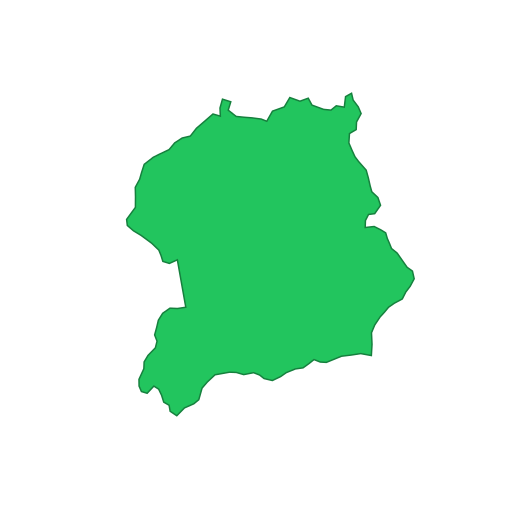 the district of Charqueada, São Paulo, Brazil, rotated 235°
{"feature_id": "56859067B6350231232684", "entity_name": "Charqueada", "entity_type": "district", "adm_level": 2, "iso_a3": "BRA", "parent_name": "Brazil", "parent_adm1": "São Paulo", "projection": "robinson", "projection_center": [-47.747, -22.525], "detail": "fine", "context": "isolated", "style": "filled", "palette": "green", "viewbox_px": 512, "rotation_deg": 235, "n_neighbors": 0, "source": "geoboundaries", "source_scale": "gbopen_adm2", "svg_char_len": 1815}
<svg xmlns="http://www.w3.org/2000/svg" viewBox="0 0 512 512"><g transform="rotate(235 256 256)"><path d="M395.9,291.6L394.8,280.5L391.9,271.0L395.0,263.2L395.3,254.3L393.0,245.8L394.8,235.2L395.8,228.4L395.2,217.0L389.9,210.0L385.6,204.7L381.5,196.5L373.7,191.3L365.0,185.1L360.2,171.0L354.8,168.1L346.9,170.1L339.0,173.6L331.9,176.0L326.2,177.9L316.6,179.8L310.9,178.5L305.0,176.6L299.6,180.8L298.0,189.4L254.3,169.1L258.0,161.6L262.6,155.6L262.6,146.7L259.4,139.2L254.4,133.6L249.5,127.7L243.0,126.1L238.5,120.9L236.5,110.5L233.4,103.6L228.0,99.5L222.1,89.4L216.5,85.6L210.7,84.4L206.0,88.1L208.0,97.7L202.8,99.9L196.1,98.8L189.2,96.6L183.6,99.2L178.0,96.6L170.6,99.5L172.6,110.3L170.6,120.3L171.1,126.7L178.7,136.0L180.7,143.8L182.2,154.3L176.0,167.7L171.9,173.1L165.9,177.9L161.8,187.1L156.4,190.7L151.0,192.3L144.6,198.0L143.1,207.0L143.1,213.9L140.9,223.5L137.4,230.4L137.5,237.9L137.9,244.1L132.3,247.8L128.5,252.6L126.7,260.5L124.9,268.5L120.2,277.3L116.0,285.8L108.3,293.4L117.0,300.3L126.9,306.6L131.4,313.7L134.9,322.7L136.3,329.0L138.0,335.2L138.0,342.1L136.9,351.2L140.6,358.1L142.8,365.0L146.6,372.5L153.9,375.5L160.1,373.3L177.4,373.3L184.4,371.3L189.5,372.5L195.0,373.6L200.6,375.5L205.9,373.2L212.4,369.7L216.7,361.8L222.3,366.0L225.5,372.0L222.6,377.5L226.1,387.1L234.0,389.4L242.2,387.7L247.9,389.7L255.5,392.8L263.1,395.5L274.7,394.2L280.6,394.0L287.7,395.3L295.3,396.9L302.7,402.8L302.1,410.6L308.1,415.2L312.4,423.8L319.5,425.3L328.0,425.0L334.5,427.6L335.2,420.8L327.3,413.7L333.0,407.9L332.5,401.1L337.3,395.5L347.5,388.4L355.3,389.3L357.6,380.8L366.4,374.6L361.9,364.7L365.2,352.6L360.2,342.1L365.2,338.8L371.5,331.9L376.6,325.7L381.7,319.8L391.4,316.9L396.8,323.8L403.7,318.5L397.9,311.4L391.0,307.0L397.0,302.2L395.9,291.6Z" fill="#22c55e" stroke="#15803d" stroke-width="1.5"/></g></svg>